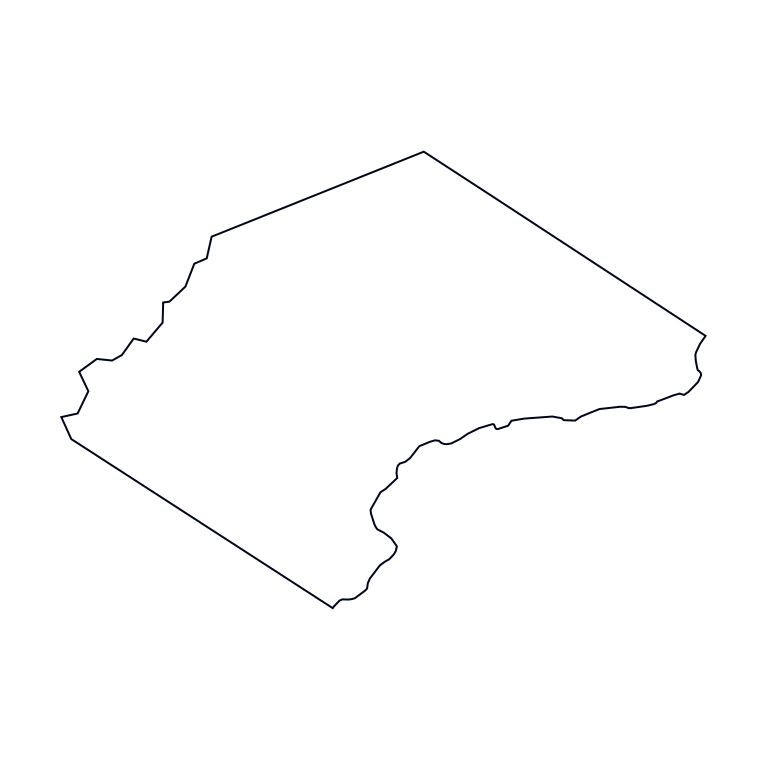 Hardeman, Texas, United States of America, rotated 123°
{"feature_id": "52423323B6303249721628", "entity_name": "Hardeman", "entity_type": "district", "adm_level": 2, "iso_a3": "USA", "parent_name": "United States of America", "parent_adm1": "Texas", "projection": "orthographic", "projection_center": [-99.723, 34.318], "detail": "fine", "context": "isolated", "style": "outline", "palette": "ink", "viewbox_px": 768, "rotation_deg": 123, "n_neighbors": 0, "source": "geoboundaries", "source_scale": "gbopen_adm2", "svg_char_len": 1390}
<svg xmlns="http://www.w3.org/2000/svg" viewBox="0 0 768 768"><g transform="rotate(123 384 384)"><path d="M167.6,389.6L167.5,477.2L354.3,608.8L375.2,601.1L386.4,608.6L410.5,603.6L431.8,608.8L435.9,613.6L453.1,603.1L477.9,606.3L482.2,618.7L502.4,619.6L512.4,624.8L519.4,638.5L539.8,646.3L551.1,628.0L575.6,624.9L587.5,636.6L600.5,616.3L599.9,304.9L597.9,304.9L589.9,303.3L587.3,301.6L584.2,296.5L581.7,293.6L579.4,291.7L567.5,287.3L564.7,286.8L559.8,289.1L554.7,289.9L538.6,288.7L533.0,286.7L527.9,284.1L521.7,283.0L517.8,283.1L513.1,284.8L509.5,293.8L508.8,303.3L509.5,310.3L508.7,312.6L506.9,315.6L499.7,324.4L496.7,326.8L476.7,328.0L471.1,325.5L455.6,321.7L451.9,325.0L447.6,327.2L444.8,327.9L442.1,327.4L437.7,323.8L432.0,321.8L416.9,320.5L407.5,314.0L403.5,310.6L401.7,307.0L402.2,303.7L401.5,300.8L400.4,298.7L397.2,295.2L388.9,290.3L380.2,286.7L369.2,280.2L358.4,271.0L358.1,269.6L360.4,266.2L360.4,265.0L359.8,264.0L351.4,257.2L345.4,257.1L336.6,247.5L319.6,225.1L315.9,216.3L316.4,213.5L310.5,203.7L304.2,201.2L294.5,194.5L287.6,189.6L274.5,173.6L271.7,169.1L271.0,165.8L270.0,164.1L259.5,152.1L254.1,146.9L252.2,145.6L249.8,145.3L235.9,135.1L231.0,130.8L229.8,126.5L224.8,124.3L211.2,121.7L203.9,122.8L202.2,124.4L201.5,126.8L201.5,128.3L200.4,129.7L194.8,135.1L189.9,138.8L187.2,139.6L178.1,140.8L168.5,140.5L167.6,389.6Z" fill="none" stroke="#020617" stroke-width="2"/></g></svg>